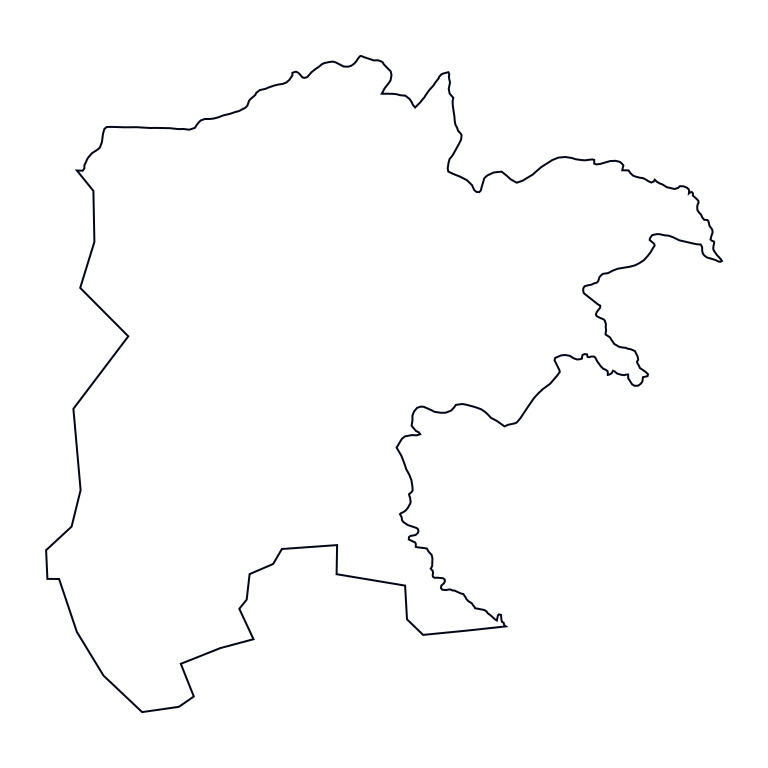 Goris, Syunik, Armenia (Robinson projection)
{"feature_id": "60910142B80914034873135", "entity_name": "Goris", "entity_type": "district", "adm_level": 2, "iso_a3": "ARM", "parent_name": "Armenia", "parent_adm1": "Syunik", "projection": "robinson", "projection_center": [46.432, 39.469], "detail": "fine", "context": "isolated", "style": "outline", "palette": "ink", "viewbox_px": 768, "rotation_deg": 0, "n_neighbors": 0, "source": "geoboundaries", "source_scale": "gbopen_adm2", "svg_char_len": 6035}
<svg xmlns="http://www.w3.org/2000/svg" viewBox="0 0 768 768"><path d="M505.8,626.4L504.3,625.3L503.6,622.7L502.0,621.9L501.4,619.5L501.0,614.9L498.9,614.4L497.9,615.5L496.8,620.5L495.2,619.5L490.2,615.0L488.1,613.6L486.4,611.3L484.3,610.0L475.1,608.2L474.2,606.5L473.2,605.4L471.8,603.3L468.3,601.1L466.5,599.2L465.6,597.4L463.4,594.1L460.2,593.2L454.4,590.5L452.7,590.5L450.6,589.5L448.6,589.5L446.2,590.1L442.3,589.7L440.9,588.1L441.4,585.5L443.9,583.3L444.9,581.3L444.6,579.3L442.8,578.2L437.2,577.7L434.5,577.8L432.9,576.7L432.7,574.9L433.1,572.9L432.6,570.7L430.7,568.7L432.2,566.0L432.4,558.0L431.6,554.8L429.6,552.8L428.6,551.6L426.9,548.6L424.5,548.1L418.3,547.4L415.8,546.9L415.8,543.9L415.2,542.5L408.8,539.5L409.0,537.1L410.3,536.0L415.6,535.0L417.8,533.0L418.5,531.1L418.0,529.2L416.6,528.0L407.7,525.0L403.4,522.1L402.0,520.1L401.7,517.4L400.0,514.1L401.0,513.2L403.6,512.0L405.7,510.5L407.9,507.8L410.0,504.0L410.7,501.8L410.3,499.9L410.1,497.3L409.7,497.0L409.0,494.2L411.3,492.4L412.7,490.3L412.3,485.6L411.4,480.2L409.2,474.5L406.2,469.1L404.1,462.8L401.3,455.6L396.6,447.6L401.9,438.8L404.7,436.5L411.6,435.1L417.0,435.3L420.2,434.2L418.8,432.3L415.9,430.9L411.6,425.8L412.5,420.0L412.4,415.7L414.0,411.6L417.1,407.8L421.0,406.6L423.7,406.8L430.6,409.8L434.8,411.9L441.2,412.8L445.6,412.7L451.1,410.6L453.9,407.7L455.9,404.9L462.1,404.0L465.9,404.6L475.2,407.1L481.0,409.2L485.2,412.0L488.7,415.3L490.9,417.8L496.8,420.9L504.5,426.4L508.1,424.8L515.5,423.2L517.2,422.0L520.4,418.2L527.7,407.2L534.2,397.8L538.3,393.4L542.7,389.2L550.1,383.8L557.0,375.8L559.8,371.9L559.4,370.1L554.5,360.2L555.2,357.9L561.1,355.4L565.1,355.0L569.8,355.8L573.6,358.3L577.3,359.5L580.7,359.1L582.0,358.5L582.1,356.6L582.7,354.8L584.7,354.1L587.0,354.4L587.6,356.9L589.2,357.2L591.3,356.5L593.9,356.5L595.3,357.6L597.2,361.3L600.8,366.3L603.2,368.7L606.1,370.0L607.7,371.4L607.8,374.9L609.5,374.5L611.7,373.2L613.0,370.7L614.3,371.2L617.2,373.6L621.3,374.8L624.2,375.2L626.0,374.6L628.1,374.5L628.2,378.3L632.1,384.3L634.5,385.8L638.1,385.7L640.6,383.9L642.2,381.9L642.7,379.5L642.9,377.2L647.5,376.2L648.0,374.2L645.6,371.9L639.9,368.0L639.1,366.0L637.8,363.9L636.9,361.8L638.2,359.8L637.6,356.6L637.3,355.7L636.2,353.8L635.0,351.1L630.7,349.2L627.8,348.8L625.7,347.8L622.5,347.5L619.1,346.8L614.3,344.0L611.0,339.1L610.0,337.4L605.6,334.5L605.6,333.0L606.1,330.6L605.7,327.0L605.9,324.0L604.8,320.6L603.7,319.4L599.9,317.8L596.7,316.2L595.9,314.5L596.7,312.1L600.2,307.5L600.2,305.6L597.8,304.3L583.8,293.2L583.2,290.9L583.3,288.3L584.6,286.3L587.2,285.5L591.6,284.6L594.0,283.4L596.9,282.6L598.2,281.1L599.6,276.8L602.7,273.9L608.1,273.1L612.8,270.6L617.9,268.7L630.0,266.7L635.1,265.3L639.3,263.2L643.9,260.2L647.7,256.0L650.6,252.2L652.6,248.7L654.6,245.7L654.2,243.9L649.7,240.0L649.9,238.3L652.2,235.1L656.9,234.1L659.7,234.2L664.5,235.3L668.9,235.7L673.2,237.3L679.3,240.3L693.6,243.6L697.3,244.3L700.7,244.5L702.1,247.0L702.2,250.9L702.8,253.4L704.2,255.4L706.8,257.4L715.2,259.9L718.2,261.4L720.3,261.8L721.9,260.9L720.8,259.2L716.9,255.0L714.0,250.8L713.2,248.8L713.5,245.9L714.2,243.0L713.9,241.5L711.8,240.8L710.5,239.4L711.4,236.1L712.6,232.4L712.3,229.8L710.9,227.7L709.6,226.1L708.4,221.1L707.3,220.0L704.2,219.8L702.2,217.3L701.1,214.7L699.2,212.7L697.5,210.3L697.2,208.0L697.4,205.3L698.6,202.6L698.3,200.7L696.7,199.0L693.0,195.7L692.9,193.3L691.8,192.0L690.0,192.5L688.9,193.4L689.2,190.5L688.5,189.2L687.2,187.8L683.5,186.3L679.8,186.2L678.0,188.0L674.6,189.0L666.8,187.2L662.4,184.4L660.1,183.6L656.7,181.7L654.8,179.7L653.7,181.5L651.4,182.5L648.7,181.4L645.6,179.4L642.9,178.1L639.2,177.6L634.7,176.3L632.9,175.5L630.5,173.2L628.5,170.4L622.3,170.3L622.5,168.9L623.4,165.4L621.8,163.5L619.7,161.8L615.2,160.8L610.0,161.1L600.0,164.0L596.4,164.4L594.2,163.6L594.2,159.9L592.3,159.4L585.0,160.3L581.9,160.1L576.0,159.3L571.8,158.0L565.3,157.0L558.4,157.6L552.2,160.1L541.4,167.0L537.3,170.5L532.8,174.5L522.4,180.8L516.7,182.7L510.8,179.4L506.6,175.6L501.7,171.7L499.1,171.9L493.7,172.5L487.4,175.4L484.3,178.2L481.7,187.0L480.8,190.5L479.3,192.1L476.6,192.0L474.2,190.0L472.0,185.1L466.8,180.1L460.0,176.6L453.6,174.1L448.3,171.6L447.7,168.3L448.5,163.1L449.5,159.2L452.8,155.0L458.8,144.2L461.1,139.6L461.6,135.2L460.4,133.2L458.2,130.9L456.8,127.2L455.4,124.7L454.7,120.6L454.4,116.5L452.8,105.6L452.6,101.1L453.3,97.8L449.6,93.6L448.7,88.7L449.4,85.9L450.0,82.1L449.2,79.1L448.9,76.5L449.3,74.2L448.4,72.2L443.3,73.5L441.2,74.5L439.2,76.8L438.6,78.4L435.2,82.7L433.6,85.3L429.0,90.4L425.7,95.1L424.3,97.5L421.9,100.2L420.7,101.9L415.1,107.5L413.0,105.0L411.5,101.9L409.6,99.0L405.4,95.7L400.1,95.2L396.6,94.2L392.2,93.8L381.8,93.7L384.5,88.5L389.3,82.3L390.6,80.2L391.5,75.0L390.6,71.2L388.6,69.3L383.8,64.3L382.7,62.3L381.2,61.4L378.2,60.3L373.8,60.4L364.5,57.3L360.9,55.9L360.0,56.2L358.3,58.2L356.0,61.6L354.4,63.5L351.4,65.7L348.1,66.7L343.6,66.5L335.6,62.3L332.7,61.6L329.5,62.0L324.6,63.0L322.1,64.1L318.7,66.9L315.3,69.2L311.7,72.0L307.1,77.2L304.3,77.9L302.4,77.4L300.1,74.6L298.4,72.9L296.3,71.8L295.2,71.8L292.4,72.8L292.4,75.4L289.4,79.8L286.4,82.5L282.8,83.9L278.1,84.6L273.7,85.7L268.5,87.5L265.6,88.8L259.8,90.1L256.3,92.8L255.2,95.1L250.9,98.7L249.1,100.7L247.4,105.6L245.4,107.7L238.9,111.1L235.0,112.1L230.4,113.7L223.0,115.5L218.6,117.2L213.5,118.6L209.3,119.0L204.8,119.0L200.7,120.5L198.9,122.2L196.6,125.1L195.0,127.8L189.3,129.7L183.5,129.0L178.3,129.1L170.2,128.2L155.8,127.9L150.2,128.0L136.7,127.2L124.8,127.3L112.0,126.9L106.7,127.0L104.4,128.9L103.0,133.8L101.9,142.2L99.9,147.5L97.6,149.6L92.0,153.2L88.0,157.8L86.8,160.0L85.9,162.2L84.4,165.2L84.4,168.3L82.7,170.7L76.9,170.5L93.4,190.9L94.4,241.9L80.2,287.9L128.3,336.3L73.4,408.8L80.6,490.1L71.6,526.6L46.1,550.2L47.4,578.9L59.1,579.0L76.8,631.8L103.5,675.6L142.1,712.1L178.9,706.8L193.8,696.5L180.8,663.8L220.3,648.1L253.5,639.2L239.3,608.8L246.7,599.6L249.6,574.1L273.1,564.0L281.9,549.0L337.1,545.1L336.6,574.2L405.1,585.6L407.0,619.3L423.1,634.9L466.9,630.6L505.8,626.4Z" fill="none" stroke="#020617" stroke-width="2"/></svg>